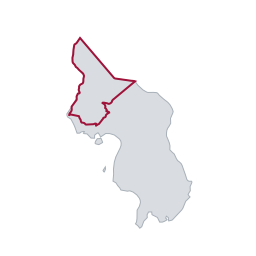 Tataouine highlighted on a map of Tunisia, rotated 152°
{"feature_id": "TUN-98", "entity_name": "Tataouine", "entity_type": "Governorate", "adm_level": 1, "iso_a3": "TUN", "parent_name": "Tunisia", "parent_adm1": "", "projection": "mercator", "projection_center": [10.291, 31.745], "detail": "medium", "context": "in_parent", "style": "outline", "palette": "rose", "viewbox_px": 256, "rotation_deg": 152, "n_neighbors": 0, "source": "natural_earth", "source_scale": "10m", "svg_char_len": 4083}
<svg xmlns="http://www.w3.org/2000/svg" viewBox="0 0 256 256"><g transform="rotate(152 128 128)"><path d="M175.4,147.3L175.3,148.1L174.5,153.5L174.3,155.4L174.2,158.7L174.2,162.6L176.1,166.0L176.1,167.4L175.4,169.1L171.9,171.0L167.3,173.5L163.5,175.9L159.2,178.5L157.9,180.1L155.8,181.4L154.0,182.7L153.7,183.9L152.5,186.3L150.9,188.1L146.8,189.0L146.1,189.6L144.2,192.4L143.3,193.5L142.3,195.7L143.6,201.7L145.3,207.8L145.7,210.3L145.6,212.4L144.7,214.7L142.5,217.9L141.0,220.3L137.9,224.6L137.0,225.6L134.9,226.9L130.9,228.5L128.1,230.0L126.6,223.5L125.4,217.9L124.4,213.3L122.6,205.2L121.1,198.3L119.5,191.3L118.2,185.0L116.8,178.7L116.2,177.8L112.0,174.8L108.2,172.0L104.2,168.8L99.8,165.4L99.2,161.1L96.9,154.6L94.6,150.9L93.7,150.0L89.0,147.6L86.3,145.9L85.5,144.9L85.0,142.2L83.0,136.9L80.8,132.0L80.0,128.7L79.9,124.6L80.3,121.6L81.3,120.3L85.9,116.6L88.1,112.1L90.7,110.4L93.0,109.2L94.8,107.7L96.5,105.3L97.8,102.8L98.0,100.0L98.5,95.6L99.3,92.6L101.3,89.1L100.5,86.3L99.4,83.3L99.7,78.1L99.5,75.9L98.6,74.0L97.8,71.6L97.8,69.6L98.6,64.3L99.2,60.2L100.2,54.9L99.9,53.5L99.1,52.3L96.9,51.2L96.9,50.5L97.4,49.7L100.7,47.1L102.5,43.3L104.0,42.5L106.2,41.1L106.1,39.6L105.6,38.0L111.5,36.2L117.1,31.5L119.1,30.4L132.1,26.0L133.8,26.3L135.7,26.9L135.1,28.6L134.4,29.9L135.5,32.1L137.1,30.8L136.7,29.8L136.6,28.6L139.2,28.5L141.6,28.7L144.2,30.0L144.0,35.2L147.5,40.2L146.5,42.7L149.3,44.2L151.9,42.4L153.1,39.8L157.8,38.3L162.2,34.4L164.6,34.0L165.2,37.2L166.4,39.9L164.7,40.9L162.6,43.8L158.5,51.2L154.8,53.4L152.0,56.3L151.2,58.3L150.9,60.6L151.6,64.8L153.6,69.1L155.9,71.7L158.2,72.5L163.4,76.6L163.4,79.0L164.1,81.8L164.4,85.3L166.2,88.1L162.3,94.1L160.2,98.4L156.0,104.4L152.3,108.2L144.3,114.0L142.3,115.9L141.1,117.9L140.5,119.9L140.7,122.3L143.3,128.2L146.8,131.7L150.3,133.6L156.5,132.9L156.3,135.1L156.7,137.9L159.2,137.7L160.9,137.3L162.3,134.7L165.4,136.5L166.9,142.0L169.5,143.7L169.8,144.4L168.9,144.8L168.2,145.4L168.9,145.9L171.4,146.5L172.9,146.1L175.4,147.3ZM162.3,131.9L161.7,132.0L160.6,132.8L159.9,132.9L158.2,132.0L157.6,132.0L156.7,131.4L157.0,128.1L157.3,127.1L161.5,127.0L163.8,129.0L164.1,129.5L164.2,130.1L163.2,131.2L162.3,131.9ZM170.0,102.2L166.3,104.3L167.0,102.5L169.4,100.3L170.0,100.8L170.0,102.2Z" fill="#d9dde1" stroke="#a8b0b8" stroke-width="1"/><path d="M167.7,173.4L160.3,176.9L159.7,177.6L158.7,179.8L157.9,180.6L157.1,181.1L156.3,181.8L155.8,181.9L155.4,181.8L154.9,181.5L154.5,181.5L154.0,182.0L153.8,184.3L153.4,185.2L152.4,186.2L152.0,187.1L151.8,187.5L151.0,188.2L149.7,188.7L147.0,188.7L145.8,189.7L144.2,192.5L142.7,194.2L142.3,194.9L142.1,196.7L142.1,197.2L143.9,202.0L144.6,204.9L145.4,206.5L145.4,207.0L145.3,208.1L145.4,209.1L146.0,211.0L146.0,211.9L145.6,213.1L144.1,216.1L141.9,218.6L139.4,222.7L136.5,226.5L135.9,226.9L134.1,227.0L133.4,227.2L128.1,230.0L116.8,178.7L116.5,178.2L116.2,177.8L103.4,168.5L100.5,166.6L99.8,165.9L100.3,165.8L128.2,160.0L129.1,159.6L130.0,158.7L130.5,158.4L131.7,158.1L132.8,158.1L133.6,158.3L134.1,158.7L134.8,159.6L137.4,161.7L138.3,162.2L138.6,162.2L138.8,162.0L138.7,161.8L137.6,159.9L137.7,158.5L137.7,157.9L137.8,157.8L138.4,157.0L138.8,156.4L138.7,156.1L138.4,155.6L138.4,155.4L138.3,154.5L138.3,153.8L138.4,153.5L138.6,153.4L139.1,153.3L139.2,153.2L139.1,152.8L138.6,152.2L137.6,151.5L137.4,151.2L137.3,150.8L137.4,150.4L139.4,150.3L140.5,150.1L141.5,149.7L142.2,148.7L142.6,148.4L142.9,148.3L143.4,148.3L144.6,148.5L145.0,148.5L145.3,148.2L145.5,148.0L147.2,147.3L147.5,147.1L151.8,145.2L152.9,145.3L154.7,145.1L155.0,145.1L155.0,145.3L155.0,145.5L154.8,145.8L154.7,146.1L154.2,146.4L154.1,146.5L154.2,146.8L154.5,147.1L155.2,147.4L156.3,147.5L156.8,147.6L163.4,150.7L163.6,150.9L163.8,151.2L164.1,152.5L164.3,152.9L165.5,154.0L166.4,154.6L166.5,155.0L166.5,155.3L166.5,155.8L166.0,157.3L166.0,157.5L166.1,159.9L166.0,160.3L165.8,161.2L165.8,161.5L172.2,166.8L172.6,167.0L173.4,166.9L173.6,166.9L173.7,167.0L173.8,167.1L173.7,167.2L173.5,167.5L173.3,167.8L172.5,168.4L171.0,169.0L170.0,169.6L169.6,170.0L169.2,170.4L167.7,173.4Z" fill="none" stroke="#9f1239" stroke-width="2"/></g></svg>